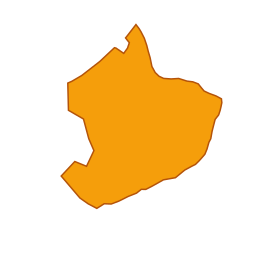 outline of Aboudéia, Salamat, Chad, rotated 312°
{"feature_id": "50815135B13353907786726", "entity_name": "Aboudéia", "entity_type": "district", "adm_level": 2, "iso_a3": "TCD", "parent_name": "Chad", "parent_adm1": "Salamat", "projection": "albers", "projection_center": [19.686, 11.562], "detail": "fine", "context": "isolated", "style": "filled", "palette": "amber", "viewbox_px": 256, "rotation_deg": 312, "n_neighbors": 0, "source": "geoboundaries", "source_scale": "gbopen_adm2", "svg_char_len": 1051}
<svg xmlns="http://www.w3.org/2000/svg" viewBox="0 0 256 256"><g transform="rotate(312 128 128)"><path d="M47.4,158.6L55.8,161.0L60.3,166.4L67.5,170.1L71.0,171.5L77.2,173.9L85.3,177.9L87.6,178.3L89.8,178.7L91.3,178.9L94.3,182.3L101.1,184.9L113.2,189.0L122.8,196.5L134.7,198.3L142.3,201.0L146.1,202.5L151.0,202.8L154.9,202.8L159.9,202.7L165.2,200.8L171.5,197.7L175.4,196.7L181.8,192.7L187.1,189.9L192.7,187.0L198.4,186.6L202.7,184.7L206.0,182.9L209.6,180.8L212.2,177.9L210.7,171.9L208.0,165.1L206.4,159.8L207.0,155.4L207.8,150.7L205.7,145.3L202.3,140.4L198.7,132.5L193.3,127.2L188.7,121.3L187.2,116.4L187.4,111.1L189.7,104.6L195.1,97.3L198.6,91.6L201.9,86.7L205.6,80.1L208.2,73.3L209.3,69.6L210.2,64.7L195.4,65.8L193.3,65.9L192.7,69.2L192.7,69.3L192.3,71.7L192.3,71.9L187.0,74.2L180.6,74.9L179.4,66.1L179.4,65.7L178.6,64.2L158.4,62.5L136.1,58.5L125.1,55.0L121.1,53.2L101.3,71.9L104.9,88.9L93.8,106.0L88.4,117.8L71.8,122.8L67.5,110.9L47.6,110.5L43.8,139.1L44.4,144.1L45.0,149.1L47.4,158.6Z" fill="#f59e0b" stroke="#b45309" stroke-width="1.5"/></g></svg>